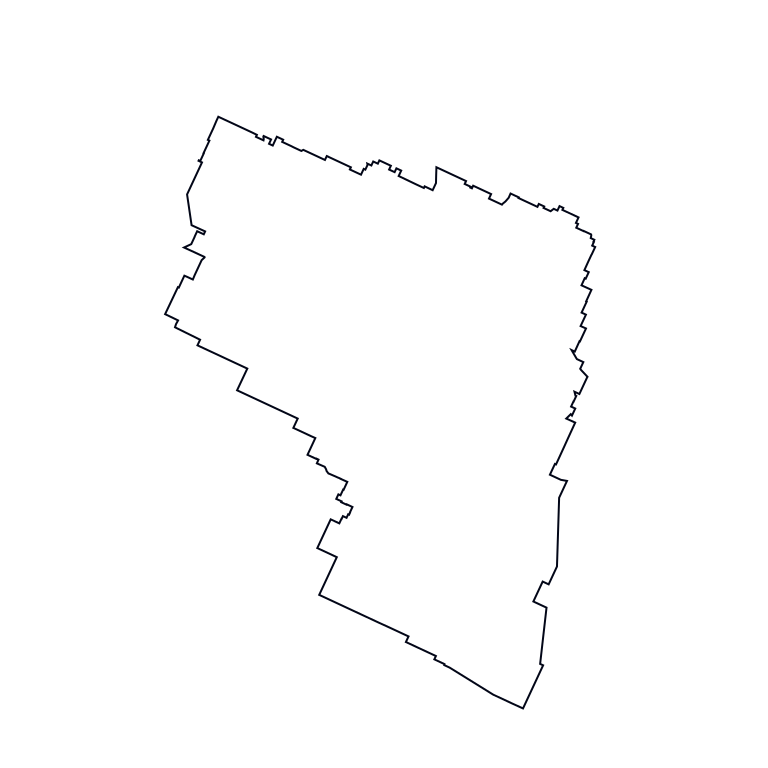 Williams, Western Australia, Australia, rotated 295°
{"feature_id": "25037944B87064425958741", "entity_name": "Williams", "entity_type": "district", "adm_level": 2, "iso_a3": "AUS", "parent_name": "Australia", "parent_adm1": "Western Australia", "projection": "natural_earth1", "projection_center": [116.768, -33.052], "detail": "fine", "context": "isolated", "style": "outline", "palette": "ink", "viewbox_px": 768, "rotation_deg": 295, "n_neighbors": 0, "source": "geoboundaries", "source_scale": "gbopen_adm2", "svg_char_len": 3658}
<svg xmlns="http://www.w3.org/2000/svg" viewBox="0 0 768 768"><g transform="rotate(295 384 384)"><path d="M165.5,414.4L165.5,436.3L165.5,436.7L165.5,440.9L165.5,444.9L165.5,448.9L165.5,460.9L165.5,464.9L165.5,476.9L165.5,480.9L165.6,492.9L165.6,496.9L165.6,508.9L165.6,512.9L159.4,512.9L159.4,526.0L159.4,537.8L159.4,546.0L155.7,546.0L155.7,557.2L154.7,557.4L154.7,560.4L154.7,563.3L148.9,611.9L148.6,614.4L148.6,634.8L148.7,647.1L196.3,647.1L196.3,643.8L224.9,634.2L228.5,633.0L250.0,625.8L250.0,611.3L258.5,611.3L272.0,611.3L272.0,617.9L282.1,617.9L291.7,617.9L354.9,590.8L365.4,590.8L373.5,590.8L371.9,584.8L371.9,582.1L371.9,579.3L371.9,572.7L383.7,572.7L383.8,572.7L383.8,573.9L402.7,573.8L412.6,573.7L429.7,573.6L429.8,573.6L429.7,563.8L435.6,566.0L434.8,567.7L442.6,567.7L442.6,563.1L448.1,563.1L448.1,563.3L454.4,563.3L454.4,562.4L457.5,559.9L457.5,565.3L468.6,565.3L475.7,565.3L476.5,565.4L479.9,556.9L480.7,555.4L488.1,555.4L488.1,552.1L488.1,548.3L488.6,547.5L494.0,539.7L494.0,543.2L505.4,543.1L505.4,543.6L519.7,543.6L519.6,537.7L532.2,537.7L532.2,532.9L544.3,532.9L544.3,532.3L557.0,532.2L556.9,521.3L564.7,521.2L564.7,522.3L571.9,522.3L571.9,517.5L581.2,517.4L588.8,517.4L589.2,517.5L594.7,517.5L597.4,517.5L597.4,514.2L601.4,514.2L601.4,513.7L603.6,513.7L603.6,509.7L606.2,509.1L607.1,508.5L607.1,500.4L606.9,500.4L606.9,492.2L611.1,492.2L611.1,489.9L617.2,489.9L617.2,472.1L619.4,472.1L619.4,467.9L614.5,467.9L614.5,463.8L611.0,462.0L611.0,461.8L611.0,454.2L612.6,454.2L612.6,448.2L609.4,448.2L609.4,435.0L609.4,427.3L610.1,427.3L610.1,418.2L605.5,418.3L600.7,416.9L597.6,415.4L596.4,415.1L596.4,400.8L601.4,400.8L601.4,385.9L601.4,381.0L598.5,381.0L598.5,379.2L599.4,379.2L599.4,372.6L602.6,372.6L602.6,339.9L595.6,342.9L588.3,346.1L588.1,346.2L580.2,346.2L580.3,337.3L578.5,337.3L578.5,328.6L578.7,309.4L584.7,309.4L584.7,304.1L580.5,304.1L580.5,298.0L584.7,298.0L584.7,285.3L581.1,285.3L581.1,280.2L576.7,280.2L576.7,275.7L575.6,276.5L570.4,276.5L570.4,274.7L564.0,274.7L564.0,272.7L564.0,270.6L564.0,262.4L566.4,262.4L566.4,245.7L566.4,242.9L566.4,235.8L562.1,235.8L562.1,228.8L562.1,215.5L562.1,211.9L560.3,210.6L560.3,202.9L560.3,201.9L560.4,199.4L560.4,195.6L560.4,189.4L562.8,189.4L562.8,182.6L562.8,182.4L553.1,182.4L553.1,178.3L557.9,178.3L557.9,170.1L557.2,170.1L555.2,171.5L553.9,171.8L553.9,163.5L556.1,163.5L556.2,158.0L556.2,120.9L552.1,120.9L543.4,121.2L537.1,121.2L530.8,121.2L530.8,122.9L525.4,122.9L516.9,122.9L516.9,123.2L508.5,123.2L508.5,121.6L507.9,121.6L507.9,125.4L487.0,125.4L477.5,125.4L472.6,125.4L446.6,142.5L446.7,157.4L443.5,157.4L443.5,150.1L437.6,150.1L437.4,150.2L429.3,150.2L423.2,145.1L423.3,167.6L422.9,167.9L419.2,166.4L416.8,166.4L402.6,166.4L397.9,166.6L397.9,160.4L397.8,157.3L384.7,157.3L384.7,156.3L369.3,156.2L354.8,156.1L354.7,164.8L354.6,170.5L350.5,170.2L347.1,170.6L347.0,173.0L346.8,181.8L346.4,198.6L340.2,198.6L340.2,210.5L340.2,240.4L340.2,253.6L316.2,253.5L316.2,266.2L316.2,270.0L316.2,281.7L316.2,289.8L316.2,306.1L316.2,320.4L305.9,320.4L305.9,340.1L306.0,344.6L297.7,344.6L287.5,344.6L287.5,354.2L287.8,354.2L287.8,356.6L283.7,356.7L283.9,365.1L283.9,365.3L282.2,367.6L280.9,368.7L279.4,371.5L279.5,372.0L279.6,375.6L279.6,376.0L279.7,379.1L279.7,381.6L279.8,382.7L279.8,383.1L279.8,384.9L279.7,384.9L279.8,392.1L276.7,392.1L271.1,392.1L271.1,391.6L265.9,391.6L264.7,391.6L264.7,389.3L259.7,389.3L259.7,395.2L258.8,395.2L258.8,401.1L259.2,401.1L259.2,407.4L253.2,407.4L253.1,407.6L250.8,407.6L250.8,406.6L246.9,406.6L246.9,402.6L243.8,402.6L243.8,402.4L238.8,402.4L238.8,394.3L238.8,392.9L207.1,392.9L207.1,414.4L165.5,414.4Z" fill="none" stroke="#020617" stroke-width="2"/></g></svg>